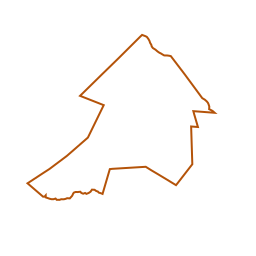 Lagoa do Sítio, Piauí, Brazil, rotated 109°
{"feature_id": "56859067B39211727142740", "entity_name": "Lagoa do Sítio", "entity_type": "district", "adm_level": 2, "iso_a3": "BRA", "parent_name": "Brazil", "parent_adm1": "Piauí", "projection": "robinson", "projection_center": [-41.451, -6.495], "detail": "fine", "context": "isolated", "style": "outline", "palette": "amber", "viewbox_px": 256, "rotation_deg": 109, "n_neighbors": 0, "source": "geoboundaries", "source_scale": "gbopen_adm2", "svg_char_len": 1155}
<svg xmlns="http://www.w3.org/2000/svg" viewBox="0 0 256 256"><g transform="rotate(109 128 128)"><path d="M113.2,183.8L114.3,158.4L150.1,162.8L174.1,176.6L192.3,188.9L197.9,193.3L213.0,205.0L220.6,185.9L220.0,184.5L218.5,183.9L220.4,183.2L220.4,181.4L220.4,179.0L220.2,177.0L219.6,175.3L218.3,173.5L219.1,172.1L218.2,169.3L217.1,168.0L216.3,165.5L215.3,163.9L214.2,162.7L213.5,160.1L210.2,158.7L208.0,158.5L206.8,158.2L205.6,156.8L205.0,154.9L203.8,152.3L204.6,151.0L204.7,149.0L203.4,147.4L203.8,145.9L202.3,144.1L200.5,142.7L198.0,142.0L197.3,139.5L197.9,137.6L197.9,135.8L198.6,134.6L198.5,132.2L198.6,130.6L172.8,131.8L171.7,129.5L158.9,98.6L160.4,92.1L162.0,84.3L166.4,64.0L164.5,63.3L141.3,55.4L106.0,68.8L104.3,62.2L93.6,69.8L90.8,71.7L85.4,51.0L84.4,53.4L84.1,54.8L83.8,57.4L81.3,58.1L79.4,59.5L78.2,60.6L77.2,62.2L76.2,64.6L75.6,67.5L58.7,92.0L46.1,110.9L46.3,112.7L46.7,114.7L47.6,117.4L47.2,119.5L46.8,121.2L46.6,122.9L46.0,125.0L45.0,127.5L44.3,130.5L43.2,132.1L41.7,133.1L40.3,134.8L38.6,136.1L37.1,137.8L35.7,139.9L35.5,141.4L35.4,145.0L37.3,146.0L65.0,159.6L85.2,169.8L113.2,183.8Z" fill="none" stroke="#b45309" stroke-width="2"/></g></svg>